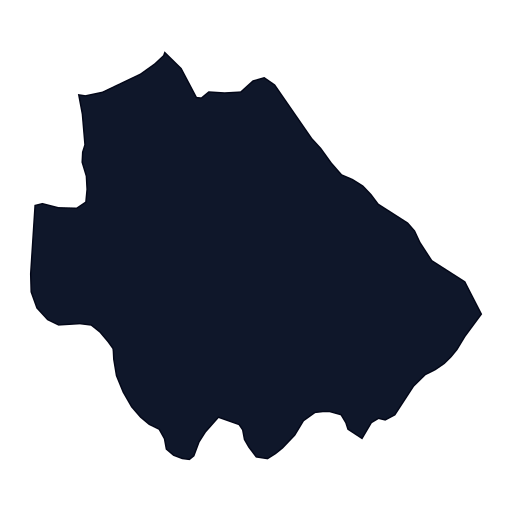 outline of Ziro
{"feature_id": "BFA-2821", "entity_name": "Ziro", "entity_type": "Province", "adm_level": 1, "iso_a3": "BFA", "parent_name": "Burkina Faso", "parent_adm1": "", "projection": "equal_earth", "projection_center": [-1.878, 11.634], "detail": "fine", "context": "isolated", "style": "filled", "palette": "ink", "viewbox_px": 512, "rotation_deg": 0, "n_neighbors": 0, "source": "natural_earth", "source_scale": "10m", "svg_char_len": 1272}
<svg xmlns="http://www.w3.org/2000/svg" viewBox="0 0 512 512"><path d="M466.5,285.3L481.3,314.1L464.9,336.3L456.9,349.5L451.0,356.7L444.2,363.4L435.2,369.6L425.2,374.6L413.5,386.1L394.8,414.8L385.2,419.9L378.5,418.3L371.3,422.6L362.0,438.4L348.0,429.2L345.9,422.7L341.1,414.7L329.7,411.5L323.0,411.5L315.0,412.4L303.4,420.7L294.7,435.1L282.5,447.9L275.4,453.6L267.5,458.6L256.3,456.9L248.9,447.1L244.5,439.5L242.7,429.8L239.1,424.5L218.4,417.2L205.3,432.0L199.0,441.9L193.8,455.8L189.4,459.4L182.3,458.5L173.6,455.2L166.4,449.1L164.5,438.7L159.2,429.2L149.2,424.3L140.6,417.1L131.7,406.8L123.3,392.2L116.5,375.6L113.8,359.3L113.4,351.4L113.1,348.6L108.1,341.6L100.0,332.0L91.2,325.0L79.9,323.6L58.6,324.9L47.7,319.6L37.0,308.0L31.2,291.9L30.7,273.9L35.1,205.5L42.4,203.7L58.4,207.8L76.7,208.3L85.9,202.1L87.1,189.4L86.4,176.1L82.2,162.2L82.7,152.1L85.0,144.8L82.4,114.1L78.8,94.9L85.4,95.9L102.5,92.3L140.5,74.2L154.8,64.0L163.7,55.7L164.8,52.6L181.1,68.6L196.4,97.6L201.4,98.1L208.8,92.0L224.6,93.0L240.7,92.1L253.0,81.0L264.2,77.8L274.6,85.0L311.7,138.7L320.7,148.5L331.2,163.1L341.5,174.9L352.5,179.6L362.8,186.1L370.9,194.6L378.1,204.2L407.6,223.1L414.5,231.0L419.8,242.4L431.7,260.7L464.8,281.9L466.5,285.3Z" fill="#0f172a" stroke="#020617" stroke-width="1.5"/></svg>